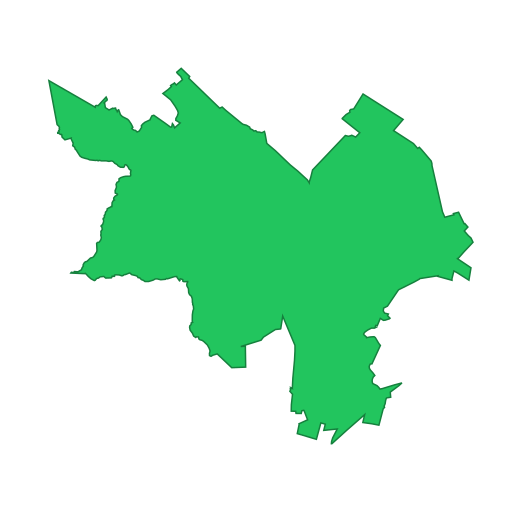 the district of Epazoyucan, Hidalgo, Mexico, rotated 273°
{"feature_id": "50627088B39262816099819", "entity_name": "Epazoyucan", "entity_type": "district", "adm_level": 2, "iso_a3": "MEX", "parent_name": "Mexico", "parent_adm1": "Hidalgo", "projection": "albers", "projection_center": [-98.645, 20.038], "detail": "fine", "context": "isolated", "style": "filled", "palette": "green", "viewbox_px": 512, "rotation_deg": 273, "n_neighbors": 0, "source": "geoboundaries", "source_scale": "gbopen_adm2", "svg_char_len": 6044}
<svg xmlns="http://www.w3.org/2000/svg" viewBox="0 0 512 512"><g transform="rotate(273 256 256)"><path d="M400.1,395.8L423.4,354.4L408.0,345.9L407.2,342.7L406.0,341.9L404.5,342.3L402.0,338.6L397.9,334.9L397.6,334.9L384.5,353.2L380.0,349.3L381.6,345.3L381.5,345.0L381.3,345.0L380.4,342.0L381.0,338.9L344.9,308.0L337.2,306.5L332.7,305.3L331.9,305.3L334.7,303.3L342.9,293.4L348.7,285.5L362.2,269.8L369.0,260.9L378.4,258.7L380.8,257.9L379.5,255.6L379.6,254.1L379.9,253.3L379.9,250.6L381.0,249.4L381.1,248.9L380.7,247.3L381.7,246.2L382.6,244.1L382.6,243.7L384.4,242.9L386.1,239.6L386.8,236.2L387.5,235.0L399.7,218.4L403.0,214.4L401.7,212.0L430.0,179.5L431.8,180.4L439.5,171.5L435.4,167.2L434.9,167.4L433.3,169.0L431.4,171.4L428.2,173.3L422.6,167.4L424.6,165.5L423.3,164.1L423.2,163.6L421.8,161.8L420.8,162.6L417.6,159.5L413.4,154.5L407.5,162.6L401.3,167.4L398.7,169.1L396.9,170.2L394.7,170.9L391.7,170.1L389.2,168.8L387.3,168.8L384.9,173.3L379.7,168.0L382.6,166.7L383.8,165.6L380.4,165.0L380.2,163.9L384.0,158.1L391.2,146.6L390.5,144.7L387.1,143.2L386.5,143.2L383.7,138.0L381.9,136.0L380.2,134.7L378.4,135.0L374.7,132.9L373.6,130.8L375.1,129.1L375.3,127.4L376.3,125.8L376.9,125.3L378.1,126.3L381.4,124.4L384.7,121.9L385.9,120.5L388.2,115.3L390.1,113.2L394.7,111.3L394.8,111.0L392.9,109.9L394.2,109.4L394.8,108.5L396.4,108.0L395.8,105.0L396.0,104.9L394.1,101.6L396.3,97.8L400.9,96.8L401.0,96.3L403.2,98.4L403.5,99.0L404.7,99.2L406.9,98.0L397.9,90.5L398.0,88.5L397.6,87.8L396.1,87.7L420.3,40.0L376.8,50.5L375.3,52.3L374.1,53.0L373.2,52.8L372.1,53.2L370.9,52.4L370.3,52.9L369.8,52.8L369.1,51.5L368.2,51.6L368.1,53.1L367.1,54.2L367.3,55.2L366.9,55.7L364.6,56.1L362.0,59.1L364.1,65.3L363.4,65.2L359.1,67.5L356.5,67.2L355.2,69.2L354.7,69.2L353.8,69.8L353.1,69.9L352.1,71.3L351.2,71.7L346.5,75.1L345.4,76.9L344.5,80.4L344.1,82.8L343.3,84.9L343.0,90.9L343.3,92.3L342.8,93.3L343.0,94.1L343.3,94.3L343.3,95.1L342.9,96.5L343.2,101.3L342.8,104.2L343.4,106.7L342.9,108.4L341.2,110.1L340.0,112.6L339.0,113.3L337.6,115.9L337.6,119.0L338.0,119.6L338.3,119.8L340.2,120.4L340.4,121.2L340.0,122.1L339.6,122.3L338.8,123.2L336.2,124.8L335.6,125.4L335.5,126.2L334.9,126.6L332.0,126.3L330.5,126.7L329.5,126.5L329.1,125.7L328.8,121.7L328.3,119.6L327.2,116.9L326.0,115.2L323.4,115.2L322.2,113.3L320.2,112.5L318.0,113.0L316.7,112.9L314.0,111.9L311.9,112.1L311.4,112.2L310.9,113.9L310.4,114.5L309.8,114.3L308.3,112.1L306.5,110.9L305.2,110.9L304.5,111.7L303.6,110.4L301.7,109.5L298.2,109.5L297.7,109.4L297.8,108.8L296.8,107.6L296.8,107.2L295.3,104.9L293.9,104.9L292.9,104.3L291.9,103.4L289.4,103.2L289.0,102.6L288.4,102.3L286.8,102.6L286.3,102.4L285.8,101.6L285.0,101.3L283.8,101.9L282.3,102.0L279.1,101.1L278.7,100.2L277.9,99.7L277.4,99.8L277.0,100.5L274.4,101.1L273.0,100.1L272.1,99.8L270.6,100.1L268.7,99.9L266.3,100.6L264.5,100.3L263.7,100.0L261.5,98.6L261.2,96.9L260.3,96.2L253.3,96.9L251.6,96.6L246.8,93.9L245.9,92.7L245.3,90.8L241.8,87.5L241.3,86.0L240.5,85.0L238.4,83.9L237.7,83.8L236.9,84.1L235.2,83.0L233.1,82.4L230.9,79.0L231.0,75.4L230.4,75.2L229.9,74.3L230.1,72.5L229.3,72.0L229.4,85.7L229.8,86.3L228.7,87.7L226.8,89.6L224.6,92.4L223.0,95.8L223.3,96.6L225.0,97.9L225.5,98.7L225.5,99.4L226.3,100.6L227.0,101.3L227.6,105.1L226.1,107.0L226.6,112.7L226.9,113.0L228.3,113.4L228.2,115.5L228.4,115.8L229.3,115.6L229.6,116.0L229.9,117.2L229.9,120.5L229.2,122.8L229.3,123.7L229.7,124.5L230.4,125.2L230.6,126.5L232.4,130.5L232.0,131.7L231.4,132.1L230.9,132.8L230.1,137.0L229.6,138.4L228.2,139.4L228.2,140.9L226.4,142.8L225.8,144.8L224.7,146.5L224.9,150.1L226.5,154.5L227.8,156.6L228.0,158.4L227.3,162.1L228.0,166.9L228.8,167.7L228.6,168.9L231.1,175.6L231.4,177.9L230.6,178.2L227.2,180.9L227.5,181.3L227.9,181.1L228.9,181.3L229.3,181.8L228.6,184.1L227.0,184.3L226.7,184.9L226.6,185.8L226.9,189.1L226.3,189.1L225.3,188.6L223.7,188.3L222.3,188.7L219.9,190.2L215.8,190.7L213.9,191.7L212.4,193.6L209.9,194.6L206.3,194.9L205.5,195.3L204.2,195.3L203.0,196.0L199.8,196.5L197.9,195.9L194.0,195.5L188.9,195.7L187.1,195.8L186.4,196.2L185.8,194.8L184.1,194.8L182.9,193.6L181.4,193.4L178.5,194.1L175.5,196.6L172.8,197.9L171.5,200.1L172.2,200.7L172.1,202.8L170.2,203.3L169.5,204.2L168.9,206.7L167.9,208.3L164.6,212.1L161.5,214.0L158.8,215.1L156.3,214.6L154.1,214.8L153.5,216.3L153.9,217.1L154.5,217.6L156.2,222.4L143.2,237.6L144.5,251.5L165.3,250.1L164.8,245.5L172.2,265.5L175.4,267.7L183.6,279.2L184.4,284.2L184.6,284.5L197.4,285.8L168.8,299.6L163.0,299.9L153.8,299.9L136.0,299.2L125.8,299.2L126.1,298.4L125.5,298.9L125.6,297.2L123.9,297.4L122.7,296.9L119.8,299.7L109.4,299.1L102.9,299.3L103.0,303.8L100.9,304.2L101.1,309.4L103.9,309.9L104.4,311.7L104.3,312.0L95.1,316.1L90.7,307.7L90.1,307.9L80.8,306.5L76.1,325.9L92.7,329.5L91.7,334.0L85.4,332.8L87.5,346.2L78.4,342.1L74.8,341.2L72.5,341.1L72.5,341.6L86.9,355.9L103.3,372.8L95.3,371.4L94.5,380.5L93.5,387.6L110.0,391.0L111.6,392.3L112.7,391.8L115.3,392.7L118.4,393.0L120.6,393.5L121.2,394.1L122.0,397.9L127.1,397.2L134.0,405.5L136.9,408.4L134.6,401.2L130.2,389.1L129.6,386.7L131.1,385.6L132.9,383.6L134.7,379.3L136.1,378.7L137.9,378.5L139.3,378.7L141.2,379.4L142.9,380.9L145.5,378.8L148.1,376.2L149.8,375.1L151.6,374.8L153.9,375.6L154.3,376.4L154.3,377.4L173.2,384.9L175.1,383.2L180.8,379.4L181.6,378.1L181.1,374.1L180.2,370.7L180.8,370.6L182.9,368.0L183.5,367.6L184.2,367.7L185.8,368.8L187.9,371.4L190.0,375.0L190.2,378.1L191.0,379.5L191.2,378.7L192.7,379.1L193.1,379.4L192.6,380.7L200.2,383.4L198.4,386.6L198.7,388.4L200.3,392.6L200.9,393.1L203.2,390.5L205.0,391.2L205.7,387.4L207.7,386.0L210.7,386.2L212.8,389.9L229.7,400.1L238.3,415.3L241.4,420.3L242.0,420.7L245.8,438.7L245.2,438.4L242.0,453.0L243.6,452.9L251.4,454.4L249.6,458.2L243.0,469.9L255.5,471.3L264.3,456.6L263.9,457.8L271.3,463.7L281.1,472.0L285.3,469.7L287.5,466.9L291.9,462.7L296.0,466.1L299.3,462.9L299.0,462.3L299.2,462.1L310.3,456.0L308.7,450.9L307.5,451.5L304.6,442.5L309.9,439.9L350.6,428.4L355.2,427.1L357.7,426.8L360.0,426.0L370.7,415.9L373.1,413.4L371.9,411.8L376.5,407.4L388.4,386.8L400.1,395.8Z" fill="#22c55e" stroke="#15803d" stroke-width="1.5"/></g></svg>